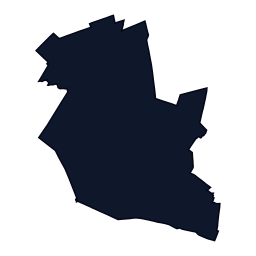 the district of Sanandrei, Timis, Romania
{"feature_id": "2599482B6539114873725", "entity_name": "Sanandrei", "entity_type": "district", "adm_level": 2, "iso_a3": "ROU", "parent_name": "Romania", "parent_adm1": "Timis", "projection": "mercator", "projection_center": [21.197, 45.88], "detail": "fine", "context": "isolated", "style": "filled", "palette": "ink", "viewbox_px": 256, "rotation_deg": 0, "n_neighbors": 0, "source": "geoboundaries", "source_scale": "gbopen_adm2", "svg_char_len": 5480}
<svg xmlns="http://www.w3.org/2000/svg" viewBox="0 0 256 256"><path d="M214.6,240.6L215.4,238.7L216.9,234.9L217.9,232.1L218.3,231.1L216.6,230.6L217.1,228.2L217.3,226.9L217.6,225.8L217.6,225.5L217.5,225.2L217.6,224.6L217.7,223.4L217.8,222.1L217.9,220.9L218.1,218.9L218.3,217.5L218.5,215.4L218.9,212.4L219.3,209.4L219.6,207.7L219.7,205.6L219.9,203.6L219.4,203.5L219.2,203.6L218.9,203.6L218.6,203.6L218.3,203.7L218.2,203.7L217.9,203.8L217.6,203.7L217.2,203.7L216.9,203.6L216.5,203.6L216.1,203.5L215.6,203.3L215.3,203.2L215.0,203.1L214.8,203.0L214.6,202.8L214.5,202.7L214.4,202.6L214.1,202.7L213.9,202.7L213.7,202.7L213.3,202.6L213.2,202.7L213.0,202.8L212.8,202.9L212.6,203.1L212.4,203.1L212.4,202.6L212.9,201.0L213.9,197.8L212.7,197.4L213.3,195.6L212.7,195.4L212.6,195.2L213.1,194.0L213.4,193.2L211.4,193.2L210.6,192.7L210.2,192.5L209.9,192.3L209.7,192.1L209.2,191.7L208.6,191.2L207.3,190.4L207.1,190.4L207.3,190.2L207.6,190.0L208.0,189.6L208.6,189.0L209.6,188.1L210.0,187.8L210.5,187.4L207.5,185.2L206.5,184.5L205.9,184.0L205.3,183.6L204.7,183.0L204.2,182.6L203.8,182.3L203.4,181.9L202.8,181.5L198.6,178.3L196.9,177.0L194.8,175.3L194.1,174.9L193.7,174.6L190.0,173.2L191.5,170.4L193.0,167.8L193.1,166.8L193.1,166.3L193.1,166.1L193.0,164.4L192.8,160.6L192.5,157.3L192.3,154.0L192.2,152.5L189.8,150.7L188.5,149.7L189.7,147.7L191.0,145.7L191.2,145.4L191.7,144.7L192.3,143.8L193.2,142.5L193.7,141.7L194.2,141.0L194.3,140.9L194.5,140.7L194.7,140.2L195.0,139.9L195.2,139.6L195.4,139.3L195.7,138.9L195.9,138.7L196.1,138.6L196.5,138.3L197.4,137.6L197.6,137.3L197.9,137.0L198.1,136.8L198.3,136.6L198.5,136.4L198.9,136.5L199.1,136.7L199.2,136.8L199.3,136.8L199.5,137.0L199.7,137.3L199.9,137.4L200.2,137.6L200.4,137.7L200.5,137.8L200.8,137.8L200.9,137.7L201.2,137.6L201.4,137.4L201.8,136.7L202.0,136.4L202.2,136.0L202.3,135.9L202.5,135.6L202.9,135.6L203.0,135.6L203.3,135.7L203.5,135.4L203.8,135.2L204.0,135.1L204.2,134.9L204.3,134.6L204.5,134.3L204.8,133.9L205.5,133.3L205.6,133.2L205.7,132.8L205.9,132.0L206.1,131.5L206.2,131.2L206.5,130.5L206.6,130.2L204.8,128.4L201.4,124.8L199.7,123.0L200.1,120.9L200.3,120.1L201.0,116.9L201.8,113.4L202.2,111.7L202.6,110.1L202.9,109.2L203.6,106.1L204.4,102.5L204.5,101.8L205.4,97.9L205.8,95.5L206.6,91.7L206.9,88.0L197.9,90.3L189.9,92.4L180.3,94.9L180.2,95.2L179.9,96.0L178.7,100.0L177.1,104.4L176.6,105.7L171.4,103.8L167.6,102.6L162.0,100.8L159.1,99.8L157.1,99.1L155.9,98.8L155.5,98.7L155.3,96.4L154.5,89.1L154.0,85.4L153.4,80.7L152.7,74.7L151.5,65.8L150.8,61.9L150.6,61.0L149.8,56.8L148.7,50.6L147.5,45.1L146.9,41.7L146.7,41.0L146.7,40.4L146.7,39.7L146.8,39.1L146.9,38.7L147.4,37.9L148.2,35.9L148.3,35.3L148.4,34.8L148.3,34.5L147.7,32.6L147.5,31.8L146.4,27.5L145.6,23.7L145.2,22.3L145.0,21.5L144.9,21.1L139.1,23.6L135.8,25.0L130.6,27.1L127.2,28.5L122.1,30.6L121.6,31.0L122.3,28.2L123.3,24.4L123.2,24.2L123.1,23.9L124.0,20.2L118.9,21.8L115.0,23.1L114.3,19.9L113.4,15.4L111.6,15.9L106.3,17.9L103.3,18.9L97.9,20.8L91.4,23.0L89.6,23.8L91.0,27.2L90.0,27.6L88.8,28.1L84.4,29.6L78.5,31.6L75.9,32.6L71.5,34.2L66.4,36.0L62.5,37.5L59.6,38.5L59.3,38.7L56.3,36.0L53.5,33.4L53.2,33.6L50.3,36.3L48.3,38.3L46.6,40.0L44.2,42.4L42.8,43.8L41.2,45.4L38.8,47.8L37.7,49.0L36.1,50.6L42.5,56.7L48.2,62.1L46.9,63.8L48.3,65.3L41.8,76.4L38.8,81.3L39.4,81.2L39.7,81.1L40.1,81.1L40.4,81.1L40.8,81.2L41.3,81.3L41.5,81.4L41.9,81.4L42.4,81.3L42.7,81.2L42.9,81.1L43.1,81.0L43.3,80.8L43.5,80.5L43.5,80.4L47.0,80.3L47.1,80.2L47.2,80.7L47.3,81.0L47.5,81.3L47.8,81.7L48.0,81.8L48.3,82.0L48.6,82.3L48.9,82.7L49.0,83.0L47.7,85.2L47.9,85.3L48.4,85.3L48.6,85.2L49.2,85.1L49.6,84.9L50.0,84.8L50.4,84.8L50.6,84.7L50.9,84.7L51.2,84.7L51.6,84.7L51.9,84.7L52.3,84.7L52.8,84.8L53.0,84.8L53.5,84.7L53.9,84.5L54.3,84.3L54.5,84.2L54.9,84.1L55.2,84.1L55.6,84.1L56.0,84.2L56.4,84.3L56.7,84.4L56.9,84.5L57.1,84.7L57.4,85.1L57.5,85.3L57.6,85.6L57.7,85.9L57.8,86.3L57.9,87.1L58.2,87.6L58.4,87.8L58.6,88.0L59.1,88.3L59.5,88.4L60.2,88.7L60.6,88.7L61.0,88.6L61.9,88.5L62.2,88.5L62.8,88.5L63.3,88.5L64.2,88.6L64.7,88.7L65.1,88.8L65.4,88.9L65.7,88.8L65.9,88.8L66.8,88.2L67.6,91.0L67.9,91.9L65.5,95.8L61.5,102.1L55.3,112.2L50.3,120.3L48.1,123.9L47.9,124.3L38.8,137.6L55.4,150.5L58.7,157.1L62.4,163.9L65.1,168.8L68.3,176.4L72.0,185.7L72.1,186.0L75.9,195.7L77.1,198.8L76.1,199.0L75.9,199.1L75.7,199.3L75.7,199.5L75.7,199.9L75.8,200.1L76.2,200.8L76.5,201.4L76.6,201.6L76.6,201.8L76.8,201.7L77.1,201.3L77.2,201.2L77.3,201.1L77.5,201.1L78.4,201.5L78.8,201.7L85.0,204.4L86.4,205.1L90.1,206.7L91.3,207.3L91.8,207.5L92.2,207.8L94.2,208.6L96.1,209.5L100.7,211.6L107.3,214.5L110.3,215.9L111.3,216.4L118.0,219.5L120.4,219.3L121.2,219.2L125.0,218.9L131.1,218.4L131.3,218.2L134.8,217.9L135.2,217.9L135.8,217.9L136.4,217.9L138.1,218.0L139.4,218.2L140.8,218.3L142.7,218.7L144.5,219.0L145.1,219.2L146.1,219.4L148.6,219.9L150.7,220.4L154.7,221.3L156.0,221.7L157.7,222.1L158.0,222.2L158.3,222.3L158.6,222.3L159.0,222.3L159.8,222.4L160.0,222.5L161.3,222.7L162.0,222.8L162.5,222.9L162.9,223.0L164.0,223.3L164.8,223.4L166.8,223.9L167.4,224.1L168.8,224.5L169.4,224.7L170.5,225.3L173.3,226.8L175.8,228.1L176.7,228.5L176.8,228.6L177.1,228.6L177.3,228.5L177.6,228.4L178.4,228.3L178.6,228.2L178.8,228.1L179.1,227.9L179.4,227.9L179.7,228.1L180.6,228.4L182.5,229.2L186.7,230.1L188.0,230.4L191.9,231.2L195.5,231.9L195.8,232.1L196.0,232.2L196.4,232.5L198.1,234.4L198.6,234.7L199.3,235.1L199.8,235.4L200.2,235.5L201.8,236.2L204.6,237.4L207.0,238.4L208.8,239.0L211.8,239.8L214.6,240.6Z" fill="#0f172a" stroke="#020617" stroke-width="1.5"/></svg>